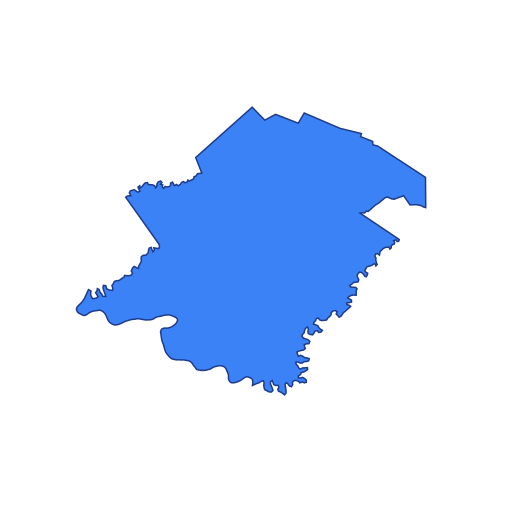 outline of Guaraní, Misiones, Argentina, rotated 68°
{"feature_id": "61730980B47619048230809", "entity_name": "Guaraní", "entity_type": "district", "adm_level": 2, "iso_a3": "ARG", "parent_name": "Argentina", "parent_adm1": "Misiones", "projection": "natural_earth1", "projection_center": [-54.171, -27.044], "detail": "fine", "context": "isolated", "style": "filled", "palette": "blue", "viewbox_px": 512, "rotation_deg": 68, "n_neighbors": 0, "source": "geoboundaries", "source_scale": "gbopen_adm2", "svg_char_len": 6161}
<svg xmlns="http://www.w3.org/2000/svg" viewBox="0 0 512 512"><g transform="rotate(68 256 256)"><path d="M116.6,203.8L142.1,275.0L158.9,275.2L158.3,277.3L157.8,279.5L159.3,281.4L159.3,283.8L161.2,284.9L161.3,287.2L161.6,289.6L160.1,290.7L161.6,292.0L161.5,294.3L159.7,295.5L160.1,297.8L161.3,299.2L161.7,301.7L159.8,303.0L160.3,305.3L156.3,305.7L156.4,307.9L158.5,308.7L159.2,310.8L158.5,312.8L157.5,314.2L158.7,316.3L157.1,317.1L155.1,315.9L153.7,317.6L152.6,315.6L150.7,316.4L150.7,318.9L152.1,320.9L154.2,321.8L155.1,323.6L152.8,323.7L151.2,325.4L149.4,329.1L147.3,329.1L146.7,331.4L147.7,333.6L149.0,335.7L149.5,337.9L147.3,337.5L147.9,339.6L150.1,339.6L152.5,339.4L152.6,341.6L148.9,344.1L148.7,346.1L148.6,348.3L150.0,349.8L153.2,349.4L152.2,352.8L152.7,354.8L208.4,341.6L211.0,341.8L212.6,343.3L211.7,345.1L210.1,347.7L212.4,347.9L213.5,350.0L211.0,350.1L208.7,350.0L208.7,352.1L210.5,353.6L212.6,354.7L214.0,357.9L213.1,360.2L213.6,362.5L215.5,363.6L217.7,364.1L219.3,365.9L221.5,368.7L223.4,369.6L222.3,371.0L220.0,372.8L220.8,374.9L223.3,377.3L225.5,376.9L226.9,378.6L226.8,381.1L224.8,385.2L226.2,386.3L226.5,388.7L227.4,392.0L226.7,394.4L226.5,396.9L228.1,398.5L229.3,400.6L232.6,400.9L234.1,402.0L232.3,405.1L230.5,406.7L227.2,406.4L226.1,408.5L228.1,409.8L230.4,410.1L232.6,410.2L234.9,410.2L237.2,410.4L236.0,413.2L233.7,413.2L231.5,414.1L228.1,414.1L226.8,415.3L228.7,416.5L230.0,418.5L234.5,417.6L235.2,419.8L234.5,423.4L230.7,424.0L228.6,423.3L226.7,422.1L224.4,423.9L231.2,431.1L233.3,434.2L234.1,435.9L235.4,439.3L236.5,441.1L237.6,442.2L238.5,442.6L239.4,442.6L240.2,442.6L241.5,442.3L242.7,441.6L246.3,438.5L246.8,437.6L247.0,436.6L247.0,435.8L246.9,435.0L246.2,432.1L246.0,430.9L246.0,429.6L246.1,427.6L246.5,425.9L247.1,423.7L247.4,421.6L248.7,419.9L249.9,418.9L252.2,417.8L254.7,417.3L257.9,417.3L260.2,417.2L261.7,416.9L263.3,416.2L264.8,415.2L266.1,414.0L267.1,412.8L267.6,411.1L268.0,408.7L267.9,405.8L267.7,402.7L267.7,400.5L268.2,395.4L268.8,393.3L269.4,391.4L269.5,390.2L269.9,389.0L270.6,387.7L273.9,382.4L275.3,378.7L275.7,377.3L275.9,376.0L275.9,374.6L275.7,373.5L275.4,372.1L275.4,370.6L275.6,369.3L275.9,368.1L276.3,365.8L276.6,363.0L277.9,358.8L279.5,356.7L281.5,354.7L282.9,353.4L284.3,352.7L285.1,352.5L286.2,352.9L287.4,353.8L288.1,354.8L289.1,356.6L289.7,358.8L290.1,361.3L290.0,363.1L289.9,364.4L289.6,365.2L288.4,368.2L288.4,369.3L288.4,370.5L289.0,371.6L290.3,372.8L291.5,373.2L292.5,373.3L295.0,374.0L296.8,374.4L298.8,374.9L301.4,375.0L303.4,375.0L306.5,375.4L310.3,375.7L311.2,375.7L313.4,375.3L317.3,374.0L318.5,373.4L319.8,372.6L320.8,371.2L321.6,370.1L322.6,368.5L323.0,367.1L324.0,365.1L325.4,361.7L326.9,359.3L328.2,357.4L329.1,356.5L331.7,355.3L332.8,355.1L334.5,354.8L336.7,354.0L337.3,354.0L338.2,353.7L339.0,353.5L340.1,352.0L341.6,349.6L342.6,347.1L343.1,345.2L343.6,341.7L343.7,340.6L343.4,338.8L343.1,337.3L343.3,334.6L343.6,333.3L344.0,330.9L345.1,328.8L346.1,327.7L347.3,326.6L349.2,326.1L353.5,326.0L355.1,326.0L356.4,326.2L358.6,327.2L359.6,327.5L360.8,327.7L362.1,327.4L363.6,326.9L364.3,326.2L364.9,325.0L365.3,323.9L365.7,321.1L365.7,318.7L365.6,317.1L365.3,315.7L364.7,313.2L364.4,311.6L364.6,309.6L365.3,308.5L366.9,306.8L367.8,306.2L369.2,305.6L371.0,306.0L372.6,306.5L374.7,307.8L374.5,303.1L374.7,300.7L374.2,298.3L374.4,296.0L376.7,296.0L378.7,297.2L380.9,297.8L383.2,298.0L386.8,294.9L387.9,292.8L387.1,290.7L384.8,290.4L380.2,290.5L378.1,289.7L377.5,287.6L379.6,287.6L381.8,287.8L383.4,286.3L384.2,283.9L386.3,283.9L387.7,285.7L389.8,285.8L391.4,284.1L393.3,282.7L395.4,281.7L394.6,279.7L392.4,278.7L390.2,278.1L388.0,277.7L385.7,277.1L384.8,275.3L386.9,274.2L389.1,273.7L390.5,272.1L389.1,270.2L386.8,269.6L385.8,267.6L386.4,265.4L388.0,263.7L390.1,262.8L390.0,260.4L391.7,258.7L392.0,256.7L389.9,255.9L387.9,256.8L386.0,258.2L385.8,260.5L384.8,262.4L383.1,261.6L382.6,259.2L381.0,257.6L381.4,255.3L381.2,253.0L380.5,250.6L378.7,250.1L378.1,252.5L377.2,254.7L377.5,257.1L376.0,258.3L373.7,258.4L371.6,259.2L369.5,259.1L369.8,256.9L371.6,255.4L372.6,253.5L372.0,251.1L372.7,248.8L372.9,246.4L371.1,245.1L369.6,246.9L368.4,249.0L366.4,250.2L364.8,251.9L364.9,254.2L362.7,254.3L360.4,254.1L360.2,251.8L360.6,249.4L361.0,247.0L360.3,244.9L358.0,244.9L356.2,244.4L356.4,241.9L357.1,239.8L355.4,238.1L353.3,239.0L351.7,240.7L350.2,242.5L348.1,243.5L346.2,242.4L345.2,240.1L343.4,239.0L341.7,237.3L341.1,234.9L343.3,234.7L345.2,236.0L347.4,236.6L349.1,235.1L350.3,233.0L349.1,231.0L347.6,229.1L348.2,227.2L350.4,226.4L350.9,224.2L349.8,222.3L348.0,223.7L345.9,224.6L343.7,224.8L342.1,226.5L340.6,228.2L339.1,227.0L338.3,224.9L336.6,223.6L336.9,221.5L339.1,220.9L340.5,219.2L341.2,217.0L341.8,214.6L340.4,212.7L339.7,210.4L338.7,208.5L336.7,207.5L335.8,205.2L336.3,202.9L338.1,201.7L339.8,203.4L341.8,202.5L343.9,201.9L343.7,199.9L342.6,197.9L341.3,196.3L340.7,193.9L339.8,191.6L339.1,189.3L338.2,187.1L336.6,188.0L335.1,189.9L333.5,189.4L334.2,187.0L334.5,184.7L332.6,184.0L330.8,185.5L329.1,186.6L328.3,184.3L328.3,182.0L328.8,179.9L329.9,177.9L328.1,177.0L326.0,176.3L324.3,174.6L322.5,175.3L321.4,177.5L320.4,179.7L318.5,180.2L318.0,177.7L317.1,175.5L318.2,171.0L316.6,169.6L314.4,169.8L312.1,169.7L310.5,168.0L309.7,165.7L311.1,164.1L313.2,163.2L315.4,162.8L316.6,161.6L315.3,159.9L313.8,158.9L312.0,160.3L310.2,160.7L308.9,158.8L307.6,157.4L307.8,154.9L308.1,152.4L307.5,150.2L307.9,148.6L310.1,148.6L309.2,146.8L307.0,146.8L304.8,146.5L302.7,145.5L300.4,145.8L298.9,144.3L299.5,142.3L301.4,141.2L299.7,140.2L298.2,139.1L296.7,135.0L296.5,133.2L296.9,131.5L297.5,129.5L299.8,129.2L299.1,127.5L297.1,126.7L296.6,124.8L296.7,123.2L295.3,122.3L293.3,122.7L293.4,120.2L295.4,119.7L295.8,118.2L294.4,117.0L255.2,143.5L255.7,141.3L256.8,139.1L255.7,137.0L256.7,135.3L253.4,125.9L253.1,123.5L252.5,121.1L251.7,118.8L251.0,116.4L250.2,114.1L250.8,111.8L252.5,110.2L254.1,108.5L255.2,106.3L255.1,103.8L255.4,98.9L255.3,96.5L266.3,94.1L268.2,88.7L269.8,86.0L271.5,83.7L273.3,82.3L274.7,80.5L246.6,69.4L199.5,102.1L196.7,106.0L193.5,104.9L184.5,114.3L182.0,112.4L169.1,130.3L141.5,157.7L148.7,167.1L132.0,184.8L133.3,197.0L116.6,203.8Z" fill="#3b82f6" stroke="#1e3a8a" stroke-width="1.5"/></g></svg>